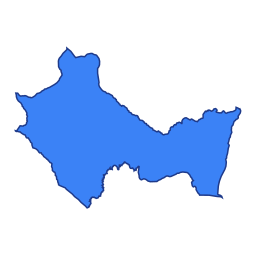 Sapuyes, Nariño, Colombia
{"feature_id": "7082276B44566424011980", "entity_name": "Sapuyes", "entity_type": "district", "adm_level": 2, "iso_a3": "COL", "parent_name": "Colombia", "parent_adm1": "Nariño", "projection": "natural_earth1", "projection_center": [-77.678, 1.042], "detail": "fine", "context": "isolated", "style": "filled", "palette": "blue", "viewbox_px": 256, "rotation_deg": 0, "n_neighbors": 0, "source": "geoboundaries", "source_scale": "gbopen_adm2", "svg_char_len": 5864}
<svg xmlns="http://www.w3.org/2000/svg" viewBox="0 0 256 256"><path d="M222.1,197.5L221.7,196.3L220.3,195.3L218.3,194.7L217.7,194.1L218.3,186.3L218.7,184.2L219.5,180.9L221.2,176.3L224.8,169.4L225.9,166.2L226.3,162.1L225.7,159.2L226.6,158.0L226.6,156.4L227.5,153.5L228.3,148.2L229.2,145.5L228.7,144.3L228.0,143.5L228.7,141.6L229.4,138.3L230.3,137.0L230.5,135.1L231.8,132.4L231.3,130.0L231.5,128.8L231.5,127.2L232.1,125.9L232.9,125.2L234.0,121.6L234.8,120.7L235.4,120.5L235.9,119.5L237.4,118.9L238.2,118.0L238.3,117.6L238.1,116.2L240.2,113.1L240.6,111.6L240.6,110.4L239.8,108.8L239.3,109.1L238.2,108.2L236.1,107.3L235.9,109.7L235.2,110.4L232.8,111.6L230.6,111.8L229.0,112.4L228.1,112.4L226.5,113.2L225.5,113.0L223.9,111.1L223.5,110.9L222.5,111.5L221.6,112.8L219.6,112.9L216.4,112.2L216.2,111.6L217.0,110.5L217.0,110.1L216.6,109.4L215.6,108.6L213.9,109.0L212.9,110.5L211.4,111.2L209.7,110.2L208.6,110.1L208.0,110.9L207.4,110.5L206.4,111.6L205.4,111.2L203.1,114.4L203.1,117.6L202.7,118.3L201.2,118.4L200.3,119.3L199.2,119.5L197.3,121.7L196.3,121.3L195.4,121.3L191.8,119.1L191.2,119.1L190.4,119.9L189.7,119.8L186.3,117.8L185.0,117.9L183.6,118.7L182.7,119.6L181.9,121.2L182.0,123.0L181.8,123.5L181.3,123.4L180.9,122.8L179.1,122.2L178.2,122.8L177.0,122.9L176.5,123.4L176.0,124.8L174.6,124.7L173.6,125.6L173.2,126.8L171.6,126.9L170.9,127.3L170.3,128.2L170.2,130.3L169.2,130.8L168.6,133.0L167.7,134.0L164.9,134.3L163.9,134.8L163.2,134.7L162.3,134.2L161.7,133.1L160.8,133.0L160.2,132.1L159.3,132.0L158.6,131.0L158.1,131.1L157.5,131.7L156.7,131.8L153.9,130.2L153.1,130.1L152.5,128.4L150.5,127.6L148.9,126.4L148.4,125.5L146.8,124.9L146.4,123.6L145.6,123.6L144.5,122.9L144.3,122.1L143.5,121.7L142.9,120.8L142.4,120.5L140.3,120.2L139.6,119.8L138.9,118.3L138.1,117.4L138.1,116.6L137.4,115.8L136.8,115.5L135.8,115.7L134.1,114.9L132.2,114.5L131.1,112.9L129.0,112.0L128.8,110.9L127.8,110.4L126.8,108.1L125.1,107.0L124.2,106.0L122.6,105.5L121.7,106.2L121.2,105.6L120.2,105.2L119.8,104.2L118.9,103.7L118.6,102.9L116.6,101.2L116.2,99.5L115.6,99.4L115.1,98.4L113.9,98.0L112.9,96.9L112.3,95.6L108.4,93.4L106.8,93.4L105.4,91.9L103.4,91.3L101.7,89.8L99.6,87.0L98.9,85.3L98.7,83.5L99.0,83.0L99.0,82.2L97.6,73.3L97.6,68.5L98.8,66.7L99.5,64.8L99.6,61.2L98.9,58.5L96.7,55.4L96.1,55.0L93.9,54.5L92.3,53.5L91.0,53.4L87.5,54.1L86.7,54.6L84.7,56.7L81.1,56.3L75.7,57.6L74.5,56.3L70.9,51.4L66.9,48.1L67.0,49.1L66.7,49.8L63.0,53.4L61.3,56.0L59.3,58.3L58.6,60.0L58.4,61.2L58.6,66.8L59.9,69.3L61.1,70.3L61.1,71.7L61.9,73.6L62.0,75.2L59.6,78.7L59.2,80.2L56.9,82.8L54.5,84.5L49.5,87.4L47.7,88.0L46.5,88.8L44.6,89.1L43.7,90.2L42.2,90.8L40.6,92.3L39.3,93.0L37.1,93.5L34.9,95.9L32.1,97.6L30.8,97.7L30.2,97.3L28.8,97.3L26.4,96.0L24.9,95.6L24.1,95.9L22.8,95.8L20.5,96.1L19.2,95.2L17.7,93.2L15.8,93.1L16.3,95.0L16.4,96.9L17.2,99.2L18.4,101.0L20.9,103.0L22.1,105.0L22.2,106.2L23.1,106.9L23.9,108.7L24.6,109.2L25.5,110.4L26.8,112.8L26.9,114.1L26.6,114.8L27.5,116.1L26.9,117.8L26.9,119.1L27.1,119.7L26.9,120.5L27.3,120.9L27.3,121.5L26.6,122.4L26.5,123.8L25.4,125.1L24.0,125.4L23.1,126.1L20.1,125.8L16.7,130.8L16.3,131.0L15.4,130.7L15.5,131.0L16.3,131.5L17.6,131.4L19.3,131.9L20.2,131.9L21.3,133.0L23.6,134.5L25.1,134.9L26.3,137.5L27.1,138.0L28.0,137.8L28.2,138.0L30.2,141.0L30.6,142.1L31.8,143.2L32.0,143.8L31.9,144.8L32.9,147.8L35.7,148.7L37.7,150.3L39.0,152.3L39.7,152.9L41.1,152.8L41.7,154.0L43.1,155.3L43.7,156.5L45.9,158.1L46.9,159.2L47.7,159.4L48.2,160.5L49.3,161.4L50.0,162.5L50.9,162.8L51.9,163.7L51.6,166.7L52.3,168.0L52.4,170.5L53.9,172.0L54.6,172.1L54.9,172.5L55.4,174.0L55.3,175.3L56.4,176.4L56.7,179.3L57.5,179.9L57.9,182.3L58.4,183.0L58.3,183.4L58.5,183.7L58.6,184.8L59.7,185.5L65.4,187.9L66.2,189.1L72.4,194.1L74.6,196.6L78.5,199.5L81.1,202.4L85.4,206.0L87.1,207.9L88.5,207.3L88.8,206.4L89.2,206.6L90.1,204.5L90.9,203.6L90.6,201.8L89.7,201.3L90.5,200.9L90.1,200.3L90.7,200.2L90.8,200.0L90.2,199.4L90.8,198.7L91.4,198.4L91.2,197.9L91.4,197.7L92.1,197.2L92.5,197.3L92.9,197.1L93.4,197.4L94.2,197.2L94.9,197.8L95.5,197.8L96.1,198.4L98.0,197.9L99.1,196.0L99.8,196.3L100.6,196.0L100.6,194.7L101.0,194.1L100.8,193.3L101.6,192.7L101.9,191.8L102.6,191.8L102.9,190.8L103.5,190.6L103.6,190.1L103.2,188.8L103.6,188.0L102.8,187.9L102.3,187.3L102.5,187.1L103.0,187.4L103.2,187.1L102.6,186.2L102.9,185.5L102.2,185.2L103.3,184.5L102.8,183.7L102.9,183.0L102.3,182.3L103.1,181.4L102.3,180.9L102.2,180.4L103.1,180.0L102.6,179.2L103.6,178.9L103.4,177.8L104.2,177.7L104.1,176.2L104.6,175.5L104.4,175.2L103.6,175.5L103.5,174.9L105.1,174.5L106.3,173.2L106.7,173.6L107.1,173.5L106.8,172.8L106.9,171.0L107.7,170.7L108.0,169.6L108.9,169.6L110.0,167.9L110.1,168.8L110.4,169.2L111.1,168.6L111.4,169.2L112.3,169.5L112.3,169.1L111.6,168.7L111.6,168.2L112.4,167.6L112.5,166.6L113.2,166.4L113.6,165.6L114.8,165.3L115.7,165.6L117.2,167.1L117.7,169.2L118.2,169.7L118.6,169.6L118.9,169.1L118.8,167.8L119.4,166.8L119.4,165.1L119.7,165.1L120.5,166.2L121.1,165.0L121.9,165.4L122.5,164.1L123.6,163.6L123.8,162.9L124.3,162.8L124.3,162.2L124.6,162.0L125.2,162.2L126.5,163.5L127.7,163.6L128.2,164.6L129.3,164.9L129.7,167.0L130.4,168.2L131.3,168.4L132.7,168.0L133.1,168.8L133.8,169.2L134.1,170.8L134.9,169.9L135.9,170.4L136.3,169.9L136.0,168.8L136.1,168.3L137.1,168.0L138.3,166.4L138.8,166.4L139.1,166.6L138.3,172.3L139.1,175.4L139.2,177.3L139.7,178.5L140.6,179.5L141.5,179.8L143.7,178.8L144.7,179.0L146.2,179.6L147.9,181.0L150.3,181.7L156.9,181.5L158.7,180.2L160.6,179.5L162.0,178.5L164.0,177.7L166.3,176.1L167.8,176.0L169.4,176.6L170.8,176.5L176.2,174.1L177.1,173.3L178.9,173.2L180.4,172.4L182.8,172.0L187.0,172.5L187.7,172.8L189.8,175.0L190.7,176.9L191.8,178.1L192.4,179.7L193.4,180.5L192.0,181.8L191.6,182.5L192.3,185.8L193.3,186.9L194.7,186.3L195.4,186.6L196.2,188.1L196.1,189.7L198.0,193.0L199.3,194.3L199.6,195.1L209.2,195.2L217.2,196.5L220.3,196.7L221.4,197.0L222.1,197.5Z" fill="#3b82f6" stroke="#1e3a8a" stroke-width="1.5"/></svg>